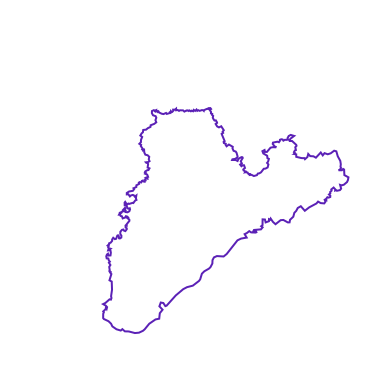 the district of Sirajganj, Rajshahi, Bangladesh, rotated 57°
{"feature_id": "16705992B55394931042500", "entity_name": "Sirajganj", "entity_type": "district", "adm_level": 2, "iso_a3": "BGD", "parent_name": "Bangladesh", "parent_adm1": "Rajshahi", "projection": "natural_earth1", "projection_center": [89.578, 24.399], "detail": "fine", "context": "isolated", "style": "outline", "palette": "violet", "viewbox_px": 384, "rotation_deg": 57, "n_neighbors": 0, "source": "geoboundaries", "source_scale": "gbopen_adm2", "svg_char_len": 6071}
<svg xmlns="http://www.w3.org/2000/svg" viewBox="0 0 384 384"><g transform="rotate(57 192 192)"><path d="M130.8,132.3L131.6,132.6L130.4,134.3L129.9,137.3L130.4,137.9L129.5,138.1L128.7,139.1L128.1,141.4L126.8,142.2L126.8,143.4L125.3,143.3L125.7,145.2L124.1,145.8L124.9,147.1L123.6,148.0L123.7,149.0L122.2,149.7L122.3,150.6L121.5,150.9L121.1,151.8L120.1,151.6L120.7,152.1L120.4,154.6L118.7,155.0L116.9,157.6L116.9,158.7L115.5,159.3L114.8,160.8L113.5,160.0L113.7,161.3L112.7,162.9L113.6,163.2L114.1,165.0L113.9,165.6L112.7,165.7L113.5,166.6L112.2,166.8L113.8,167.2L112.8,170.6L111.6,170.7L111.1,173.5L109.8,174.8L107.4,176.3L106.1,176.2L106.2,177.1L105.0,177.1L104.9,178.7L104.4,179.0L103.7,178.0L103.5,179.1L102.6,179.4L102.3,181.5L104.0,182.7L106.4,182.9L108.6,181.2L110.3,181.5L111.8,183.5L114.1,184.0L114.3,186.6L113.5,190.3L114.8,191.4L114.4,194.2L114.7,196.5L113.4,199.1L115.2,200.7L115.4,202.3L116.5,204.6L118.7,203.8L120.5,206.4L122.4,207.7L122.9,209.9L124.8,209.0L125.5,209.9L128.8,209.8L129.1,210.6L129.9,210.4L130.0,209.8L130.5,210.2L130.7,209.3L132.9,210.5L135.3,210.8L137.0,209.2L139.2,208.7L141.1,210.5L143.0,210.8L143.0,212.5L142.0,214.5L142.7,214.4L143.4,213.4L144.7,213.6L147.3,215.9L149.0,214.8L149.9,216.6L149.4,217.4L149.3,220.0L149.8,220.8L150.8,220.4L151.1,221.4L153.0,220.1L155.4,220.6L155.0,222.4L155.9,221.8L156.6,222.1L155.7,223.0L155.8,224.5L157.1,224.7L157.0,225.6L157.6,226.1L156.3,227.4L155.6,227.1L155.4,228.0L156.3,229.5L155.2,230.5L155.2,231.5L156.4,232.0L156.1,235.0L157.5,236.0L157.0,239.0L158.1,239.0L158.8,241.0L157.3,244.5L157.3,247.2L158.5,248.0L159.3,246.6L161.9,246.5L161.6,245.2L162.2,243.3L163.0,242.6L164.7,242.5L164.6,240.6L166.6,242.4L168.4,242.9L168.2,244.3L169.3,247.2L168.8,247.6L167.8,251.1L167.0,251.7L167.3,253.4L163.9,253.4L164.2,254.3L166.5,255.7L167.5,254.5L171.0,254.7L171.8,254.0L171.8,253.1L172.8,253.4L174.0,255.0L173.9,257.1L172.5,258.8L171.6,258.8L171.2,257.7L169.6,258.0L169.4,256.7L168.8,256.8L169.6,260.0L170.7,260.3L170.2,263.2L171.0,262.9L171.2,264.4L170.8,264.7L171.3,265.6L172.0,264.7L173.2,264.9L174.2,264.0L176.4,264.5L177.0,262.0L176.3,260.6L177.5,259.6L178.6,259.5L178.4,260.5L181.0,259.6L182.1,260.2L183.4,264.2L184.5,265.0L183.8,265.4L183.9,266.0L185.6,267.0L186.9,266.5L187.7,267.0L188.5,269.2L187.3,270.1L186.1,270.0L185.6,271.4L186.3,273.7L188.1,275.0L190.2,275.0L191.7,276.1L191.7,277.8L191.1,278.4L189.1,277.4L188.0,277.6L187.9,278.4L189.9,281.1L189.5,282.4L187.5,283.0L188.3,284.8L189.5,285.6L190.2,287.8L189.9,289.5L190.6,289.9L191.0,291.9L192.0,291.3L192.6,292.4L193.6,292.6L195.0,291.4L194.9,293.7L195.3,294.2L196.3,292.1L198.7,293.1L200.8,294.9L199.8,296.7L198.0,296.1L198.1,297.4L199.2,298.9L201.2,299.7L202.2,298.4L204.1,299.0L205.7,298.8L206.0,300.2L208.8,300.2L209.7,302.2L213.2,303.8L213.3,304.4L214.4,304.5L215.0,303.8L215.9,304.6L216.9,304.3L221.1,309.3L223.4,308.1L230.4,312.3L235.3,316.6L237.1,317.3L238.1,318.6L237.1,319.6L237.9,325.1L237.6,327.6L240.4,326.2L242.3,325.9L243.5,327.2L242.0,327.1L243.2,328.3L243.8,331.5L244.8,331.4L245.8,332.8L249.4,335.2L250.5,335.1L254.9,332.4L258.4,331.6L261.3,332.0L266.0,330.1L269.4,327.2L269.1,325.1L272.3,324.2L274.5,321.0L279.2,316.7L281.1,313.1L281.7,308.7L281.4,306.5L279.2,299.6L279.0,292.0L280.4,288.5L276.1,285.0L274.7,280.8L270.1,281.6L267.7,278.4L269.5,276.5L273.2,276.5L273.5,275.2L269.9,261.9L268.7,252.3L269.1,248.0L271.0,242.3L270.4,234.6L269.7,232.7L265.9,228.2L265.2,224.8L265.5,219.6L265.1,217.5L263.1,213.9L260.3,211.9L258.8,209.2L259.3,206.0L263.3,200.6L262.9,196.7L257.3,180.2L257.8,176.2L260.0,171.0L256.0,170.8L256.3,168.3L256.0,165.3L258.1,164.4L260.7,160.7L260.8,159.9L260.1,159.8L258.1,161.6L257.6,160.7L260.9,154.5L260.1,152.0L258.4,152.6L258.2,150.9L253.4,147.7L254.8,145.8L257.6,146.8L258.4,143.4L256.7,142.2L257.9,141.4L257.2,140.5L261.2,140.4L264.5,139.5L263.9,133.0L265.2,130.6L269.7,128.2L270.6,126.7L268.7,124.9L267.9,120.5L265.2,117.5L264.6,114.9L263.0,112.0L263.2,108.5L269.2,107.6L268.7,102.1L269.4,93.9L268.7,91.5L271.4,90.1L273.6,87.3L272.8,85.3L270.8,85.0L270.8,83.7L271.6,83.5L270.7,82.9L270.1,81.3L271.1,80.5L271.5,78.8L270.4,78.0L268.7,78.5L268.4,76.7L267.3,76.2L266.9,74.2L265.7,73.8L265.4,70.8L267.8,70.4L268.7,71.1L268.9,70.1L269.9,69.8L271.0,66.9L270.4,65.1L266.7,63.9L267.9,62.9L268.6,60.7L268.1,56.6L266.9,54.7L264.9,52.8L260.8,55.0L256.0,52.2L255.0,52.7L255.4,54.4L253.6,57.3L253.7,55.6L253.0,53.9L251.7,53.7L249.8,52.1L246.7,50.7L241.4,50.3L236.5,48.8L234.8,50.3L235.1,54.6L234.3,57.6L231.6,59.7L232.5,62.4L229.0,62.5L230.7,69.4L228.2,70.7L226.3,73.3L223.4,73.8L225.5,76.1L226.0,79.4L224.8,79.3L223.2,81.7L219.3,85.4L217.2,84.1L216.1,85.3L216.2,84.6L215.6,84.7L215.5,86.0L215.2,84.5L214.1,84.8L213.2,83.1L213.4,82.0L210.7,81.0L210.2,79.2L209.2,78.9L203.7,80.3L202.4,82.3L201.8,82.3L200.9,80.3L200.6,75.8L197.9,78.1L197.7,80.4L198.9,82.6L200.0,82.8L200.0,84.0L198.8,85.7L198.7,87.4L197.3,87.4L196.4,88.4L196.1,89.8L197.0,90.5L197.6,92.0L196.3,93.0L194.7,97.2L195.6,98.1L198.8,97.9L199.7,97.2L200.0,97.6L198.4,99.9L197.6,102.0L199.2,107.4L198.1,109.0L196.3,108.3L196.1,110.7L198.5,111.2L202.5,109.2L204.7,110.3L206.1,109.5L208.0,111.7L208.5,113.2L210.5,112.9L212.6,115.2L212.4,117.6L211.6,119.2L213.1,123.4L213.0,125.4L212.4,126.7L213.2,128.4L212.3,131.4L209.9,132.8L209.2,134.3L208.4,133.7L207.7,134.8L205.9,134.8L205.1,135.8L204.6,135.6L204.3,136.7L203.9,136.0L202.0,137.0L201.0,136.7L200.7,134.5L197.9,133.8L197.2,134.9L197.3,136.5L195.2,136.7L195.1,134.6L192.8,134.4L191.1,130.9L190.3,130.8L189.7,131.5L189.5,133.8L189.7,135.3L190.8,136.9L188.9,138.0L187.0,140.9L186.6,140.3L187.7,137.8L187.7,135.2L187.0,134.4L183.4,133.3L181.9,133.3L180.1,134.7L177.5,134.3L176.3,133.2L172.3,135.2L172.5,138.1L170.7,138.1L169.9,137.4L168.3,138.6L167.2,138.2L167.1,136.9L159.4,135.5L159.4,133.7L158.2,133.6L157.5,131.7L152.8,131.7L152.5,134.2L150.7,135.2L147.8,135.1L147.7,133.3L147.3,133.1L144.9,133.0L144.3,134.2L142.7,134.3L141.0,134.1L139.7,132.8L138.3,133.2L137.5,132.5L136.4,133.3L135.1,132.4L132.9,132.5L132.8,130.8L131.6,130.9L130.8,132.3Z" fill="none" stroke="#5b21b6" stroke-width="2"/></g></svg>